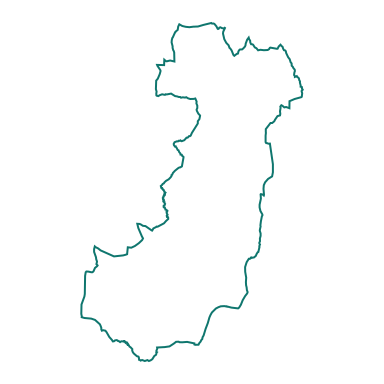 Kwimba, Mwanza, United Republic of Tanzania
{"feature_id": "72390352B45509194301574", "entity_name": "Kwimba", "entity_type": "district", "adm_level": 2, "iso_a3": "TZA", "parent_name": "United Republic of Tanzania", "parent_adm1": "Mwanza", "projection": "equal_earth", "projection_center": [33.319, -3.038], "detail": "fine", "context": "isolated", "style": "outline", "palette": "teal", "viewbox_px": 384, "rotation_deg": 0, "n_neighbors": 0, "source": "geoboundaries", "source_scale": "gbopen_adm2", "svg_char_len": 5939}
<svg xmlns="http://www.w3.org/2000/svg" viewBox="0 0 384 384"><path d="M301.6,91.0L302.5,90.1L302.7,89.5L302.0,88.9L301.9,87.1L300.6,86.7L300.7,85.6L299.9,82.6L300.0,81.7L299.7,80.8L299.3,80.3L298.9,78.4L298.3,77.6L297.3,77.1L296.8,76.1L294.9,76.9L294.9,76.0L294.2,75.3L294.1,74.4L294.4,72.5L294.9,71.0L294.7,69.6L293.4,68.1L292.8,66.8L291.7,65.7L291.6,63.4L290.6,62.2L289.7,59.2L288.2,57.3L286.2,53.1L285.8,51.2L285.1,50.4L284.0,50.2L283.2,48.8L282.5,46.7L281.6,46.1L280.5,44.7L278.7,46.5L277.6,48.7L277.0,48.8L270.3,47.6L269.8,47.9L269.1,49.1L267.7,50.0L263.9,50.2L260.4,49.8L258.1,50.3L256.4,48.2L254.8,47.4L253.1,44.7L252.3,44.3L251.1,44.2L250.3,42.5L250.1,40.5L249.2,39.4L248.7,37.6L247.2,39.6L245.7,43.6L245.5,45.3L245.0,46.5L243.3,48.4L242.1,49.4L239.9,49.5L239.4,49.9L238.4,51.4L238.1,53.2L237.8,53.7L236.9,53.8L234.3,55.8L233.4,54.9L231.6,50.4L230.2,48.4L229.5,47.9L228.6,45.3L226.3,42.9L224.3,39.2L223.0,33.6L223.2,31.8L225.3,27.3L223.7,28.5L221.9,28.1L220.4,27.3L219.4,27.6L218.6,28.8L218.0,29.0L217.6,28.7L216.4,26.3L214.4,23.9L213.5,23.5L212.0,23.6L211.3,23.0L203.5,24.9L198.0,26.5L193.2,26.7L189.4,27.2L185.7,26.8L182.3,26.0L179.3,24.3L178.2,26.6L177.7,29.9L175.4,31.8L175.3,32.4L174.9,32.7L172.8,37.4L172.3,38.0L171.8,40.0L171.6,42.4L172.6,46.3L172.6,47.9L173.2,50.1L173.7,50.9L174.2,52.5L174.4,61.5L170.1,60.5L166.8,61.3L166.0,61.2L164.3,59.7L164.1,65.1L157.1,64.9L157.5,65.9L160.2,69.9L160.5,70.6L160.5,71.3L159.7,74.2L157.8,78.7L156.2,80.6L155.9,89.1L156.6,91.7L156.3,93.3L156.4,95.4L156.7,95.7L158.3,96.1L159.7,95.2L162.1,94.3L164.6,94.8L165.4,94.7L165.6,94.3L166.9,94.4L171.1,93.6L175.1,96.1L177.1,96.4L178.8,97.0L180.2,97.0L181.0,97.7L182.8,97.3L185.1,97.6L186.2,97.2L188.0,98.3L190.2,99.0L193.6,98.9L195.3,98.5L196.6,101.5L196.4,103.4L197.3,105.6L197.3,108.1L196.6,109.6L196.8,110.7L198.3,113.6L199.9,115.3L200.1,115.7L199.4,119.1L197.8,121.2L197.8,123.5L191.9,132.9L190.7,135.6L190.0,136.1L189.1,136.1L187.6,137.7L186.5,137.7L184.3,140.2L181.7,141.2L180.4,140.4L179.9,140.9L178.8,140.7L178.0,141.4L176.9,141.3L174.6,142.2L173.7,143.9L173.9,145.1L175.0,146.6L175.7,146.4L175.9,147.0L176.5,147.6L177.7,150.0L178.5,150.3L179.2,152.1L180.4,153.5L180.5,154.6L181.8,154.8L182.2,155.9L183.4,156.7L183.5,157.5L181.9,166.4L180.2,167.4L179.6,167.4L178.5,167.9L175.0,170.7L172.9,173.0L172.2,174.7L171.5,175.1L171.5,176.0L170.8,177.1L168.7,179.3L166.1,180.8L164.5,182.3L163.8,183.4L162.7,183.9L162.0,185.0L160.8,186.0L161.3,187.9L162.1,188.0L162.1,188.7L162.7,188.9L163.1,189.9L163.7,190.0L164.1,191.2L164.5,191.5L164.5,192.1L165.2,192.5L164.7,192.9L164.3,194.1L165.0,194.1L164.8,195.0L164.2,194.9L164.1,195.8L163.6,196.0L163.6,196.7L163.2,197.0L163.3,197.4L162.8,197.9L163.0,199.2L163.6,199.3L164.0,200.2L163.3,200.8L163.3,201.5L163.7,201.9L164.5,202.1L164.6,203.3L165.1,203.9L164.6,205.2L163.7,205.6L163.6,207.0L163.9,207.4L164.8,207.5L165.5,209.7L166.1,209.7L167.4,210.7L167.2,211.6L166.5,212.0L166.8,212.9L166.8,213.6L167.5,214.5L166.7,215.8L167.0,216.9L167.7,216.7L168.0,217.6L168.2,217.8L168.2,219.0L166.0,221.0L164.0,223.3L157.6,226.7L156.5,226.6L156.2,227.0L153.4,228.4L152.2,230.6L151.8,230.5L145.5,226.1L142.9,225.8L140.6,224.3L139.3,223.9L137.3,223.8L138.3,228.0L141.8,236.2L143.0,238.4L142.1,240.1L138.8,243.2L134.9,246.0L131.3,247.7L127.8,247.3L127.1,254.2L125.8,254.7L123.2,255.4L114.0,256.4L100.6,250.4L98.1,248.4L95.7,247.2L94.8,246.4L94.1,249.1L94.1,251.9L96.0,257.3L96.2,259.2L97.0,261.5L96.8,262.7L96.4,264.1L97.6,265.4L97.2,266.1L95.0,267.9L93.5,271.3L92.9,271.9L92.1,272.3L91.1,272.2L88.4,271.6L86.4,271.5L85.7,272.3L85.1,275.9L84.8,294.0L84.4,296.5L81.5,304.5L81.3,313.9L81.8,316.4L81.7,317.2L84.5,318.0L91.2,318.6L95.0,319.9L99.9,324.3L100.7,326.1L101.3,327.8L101.3,329.4L101.9,330.7L103.1,330.2L105.4,330.7L106.5,332.1L109.3,337.0L111.9,339.9L112.8,341.4L113.9,341.3L115.0,340.4L116.7,340.1L117.6,340.5L118.0,341.0L118.8,341.1L120.1,342.1L121.3,341.3L123.1,341.4L123.7,341.0L124.2,341.0L124.4,341.8L125.2,341.7L125.6,342.8L126.4,342.3L127.2,342.6L127.2,344.0L128.0,344.1L127.9,345.0L128.6,345.0L129.5,346.6L130.6,347.3L132.3,349.1L132.2,350.5L132.8,352.1L133.7,353.4L136.9,356.2L138.4,356.6L138.8,357.3L139.1,359.8L139.8,359.9L140.6,360.6L142.1,360.0L144.8,361.0L147.4,360.1L148.9,361.0L150.7,360.3L152.3,359.2L154.3,356.0L156.0,354.8L156.4,353.6L156.5,352.6L156.8,352.3L156.3,352.1L156.5,351.2L156.4,350.8L157.3,348.5L157.1,347.5L164.5,347.1L169.5,346.4L173.8,343.6L176.1,341.8L178.7,341.7L179.4,342.2L182.2,342.3L187.1,341.9L194.4,343.4L194.4,344.5L195.2,344.8L198.5,344.7L199.3,343.1L200.6,341.6L201.4,339.9L202.2,339.2L202.6,337.2L203.6,335.5L205.6,328.9L207.8,323.1L209.4,317.5L210.5,315.0L211.9,312.5L215.9,308.5L218.4,307.2L220.8,306.3L222.7,306.2L224.4,306.1L226.8,306.6L226.8,306.4L231.4,307.6L238.1,308.4L239.2,307.5L240.9,304.7L242.7,300.2L245.1,296.1L247.1,293.5L247.5,292.6L247.6,292.0L246.9,290.1L246.6,287.3L246.1,285.3L245.9,282.2L246.2,277.7L245.2,271.8L245.1,267.1L246.2,263.6L246.7,262.1L248.8,258.8L249.5,258.9L250.3,258.6L250.8,257.6L251.3,257.4L251.9,257.9L252.5,257.6L253.9,257.5L255.8,255.9L256.6,254.0L257.7,252.2L258.3,252.0L259.5,247.0L259.3,246.8L259.4,245.8L260.0,244.5L259.4,243.6L259.3,242.8L260.0,241.2L259.9,238.5L260.6,235.9L260.6,233.4L259.8,230.8L259.9,229.6L260.6,226.4L260.4,225.3L260.9,221.3L261.9,216.2L262.4,215.5L262.4,214.5L260.4,210.9L259.6,207.4L259.6,204.7L260.9,198.6L260.6,194.4L260.9,194.1L262.8,194.6L263.8,195.5L264.0,194.9L263.5,188.8L263.8,185.2L265.1,182.3L268.1,178.9L272.1,176.4L272.9,172.3L272.9,164.2L269.9,143.6L268.3,143.7L267.3,143.2L266.2,143.1L265.6,142.1L265.6,135.6L265.9,132.9L265.8,132.0L265.8,129.1L270.5,123.0L272.2,123.0L274.1,121.4L274.6,120.7L274.9,119.9L277.5,116.1L280.0,115.4L280.3,113.9L280.0,111.3L280.6,107.7L280.3,106.7L281.1,105.4L281.4,105.2L282.7,106.0L284.3,107.4L286.1,107.0L289.4,108.2L289.5,101.2L294.6,99.0L301.5,97.1L301.8,96.6L302.2,93.2L301.7,91.7L301.6,91.0Z" fill="none" stroke="#0f766e" stroke-width="2"/></svg>